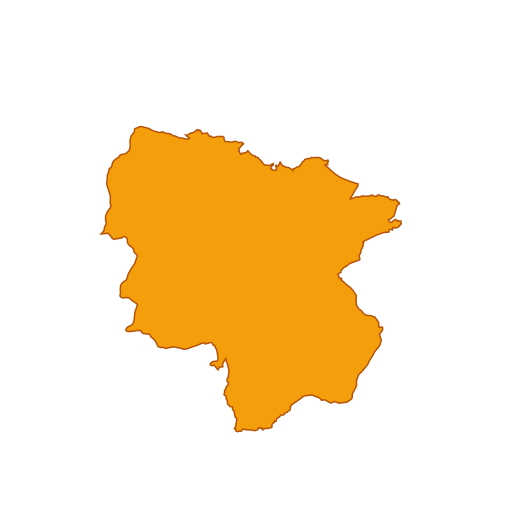 outline of Braesti, Buzau, Romania, rotated 328°
{"feature_id": "2599482B63249813627475", "entity_name": "Braesti", "entity_type": "district", "adm_level": 2, "iso_a3": "ROU", "parent_name": "Romania", "parent_adm1": "Buzau", "projection": "natural_earth1", "projection_center": [26.505, 45.442], "detail": "fine", "context": "isolated", "style": "filled", "palette": "amber", "viewbox_px": 512, "rotation_deg": 328, "n_neighbors": 0, "source": "geoboundaries", "source_scale": "gbopen_adm2", "svg_char_len": 6153}
<svg xmlns="http://www.w3.org/2000/svg" viewBox="0 0 512 512"><g transform="rotate(328 256 256)"><path d="M397.5,303.4L395.7,301.7L394.4,301.5L394.3,300.0L393.8,299.0L391.7,298.8L389.2,299.3L387.5,298.6L387.2,297.7L387.5,295.4L388.9,295.8L394.3,295.2L402.6,287.8L405.3,287.8L405.1,286.8L405.7,286.5L404.7,284.9L405.1,284.0L404.3,282.3L403.7,281.6L402.6,281.7L399.9,279.3L399.3,278.3L399.1,277.1L399.2,275.6L397.7,275.1L395.6,272.3L393.7,271.2L393.4,270.1L391.6,268.8L391.3,268.7L390.5,269.3L389.8,269.2L387.7,267.9L387.2,267.3L387.4,266.8L387.2,266.4L386.6,265.8L382.7,264.7L378.6,262.1L378.2,261.5L374.7,260.7L373.6,259.7L371.6,258.8L369.5,258.7L366.3,257.4L375.4,252.5L379.6,250.6L380.7,248.6L380.3,248.5L376.1,243.6L371.3,237.2L369.1,233.9L366.6,228.6L362.7,215.4L364.2,215.7L365.2,216.6L365.9,215.3L367.7,213.7L367.8,212.8L365.7,212.2L364.6,211.4L363.4,209.4L363.0,207.8L362.2,206.4L359.6,204.4L356.7,203.1L355.1,201.7L353.6,202.0L351.1,200.6L348.5,200.0L346.8,200.8L345.6,200.7L341.0,202.8L339.6,202.9L337.1,202.1L336.0,202.4L333.1,201.8L332.6,202.0L332.5,202.6L330.8,198.5L328.9,197.0L327.1,194.5L326.2,192.8L326.1,192.1L326.4,189.4L326.0,189.1L324.2,190.6L321.8,191.5L321.2,189.7L320.7,189.7L319.9,192.0L318.7,194.1L316.0,192.4L315.1,191.0L315.5,190.6L315.1,189.6L315.7,188.5L316.9,188.4L317.3,187.5L318.3,188.1L319.1,187.9L319.3,187.6L318.8,187.0L319.2,186.7L318.7,186.6L318.2,186.9L317.8,186.6L317.7,186.9L315.0,186.1L311.3,183.0L310.6,177.4L310.0,175.3L310.0,174.0L309.2,172.8L308.3,172.5L308.3,170.8L306.2,168.7L305.0,163.7L305.0,162.6L304.5,162.3L303.3,163.0L302.0,163.0L299.1,161.6L298.3,162.0L296.9,161.5L297.2,158.7L296.8,158.1L297.8,157.3L297.7,156.4L302.1,154.6L303.7,154.7L304.9,154.0L304.4,153.6L304.6,152.8L304.4,152.2L301.4,150.6L299.3,147.7L295.3,146.4L294.4,145.7L293.2,144.3L290.8,143.0L290.4,141.9L290.6,140.7L291.7,138.4L291.1,136.9L285.7,133.7L284.0,133.7L282.0,132.2L281.2,130.9L281.3,130.3L280.0,129.9L279.8,129.5L279.9,125.9L275.0,123.6L275.5,121.8L275.0,119.3L273.7,119.5L273.5,117.9L272.6,117.6L269.9,118.2L264.8,117.1L261.7,117.1L260.6,116.3L261.8,121.0L259.3,120.5L256.0,116.9L253.5,115.2L251.1,111.5L249.4,110.0L247.9,106.8L244.2,103.8L242.7,101.2L241.0,100.8L238.5,99.4L238.0,98.3L235.5,96.0L232.6,90.9L227.2,85.3L225.5,84.6L220.6,83.9L218.3,86.4L213.8,88.0L210.1,91.5L208.0,95.6L205.4,98.5L203.9,99.4L200.6,100.1L198.7,99.9L195.6,98.6L193.7,98.4L192.9,99.3L186.0,99.7L185.3,100.4L183.8,100.7L182.6,102.2L180.6,103.8L179.1,104.4L178.2,103.9L174.0,107.9L172.7,108.8L169.1,114.0L167.6,115.5L164.6,126.9L164.0,128.5L160.3,133.9L159.8,136.1L158.7,137.5L153.1,139.9L149.5,142.5L147.0,146.7L146.4,149.1L142.8,151.3L141.1,153.4L139.6,154.3L136.3,155.2L142.6,158.4L143.4,162.6L143.4,164.5L144.1,166.4L151.6,169.5L154.1,169.5L155.4,170.4L155.8,172.2L155.6,173.8L153.9,177.1L154.3,180.6L155.6,183.2L155.6,185.7L154.6,188.2L155.4,191.3L155.5,193.0L149.0,198.2L142.2,201.2L137.8,203.8L134.9,206.5L133.0,207.6L129.4,207.7L127.3,208.2L125.5,209.4L123.4,212.1L121.5,215.5L119.7,217.5L119.4,218.5L120.4,220.7L124.7,223.0L126.1,224.2L127.2,228.0L129.4,232.8L129.8,234.3L123.5,239.6L118.2,246.3L116.6,247.6L114.3,248.8L111.3,248.3L108.6,248.4L107.0,249.2L106.3,250.2L106.4,251.0L108.0,252.6L111.4,254.4L116.1,256.4L118.6,258.1L119.0,259.1L118.6,259.6L119.4,262.2L124.4,266.0L124.0,268.7L125.1,272.1L125.6,275.1L125.3,278.3L124.8,280.5L126.5,283.0L129.1,284.4L130.1,286.2L130.9,286.8L133.6,287.6L138.5,289.7L140.6,291.9L142.3,293.1L143.1,294.4L144.6,295.7L145.2,296.7L146.5,297.4L148.3,298.2L153.9,299.3L155.9,300.0L164.7,301.5L166.1,302.4L166.1,303.4L166.4,303.7L171.5,305.3L172.6,306.1L172.7,307.1L172.4,308.4L172.6,309.0L173.4,309.6L172.8,315.2L170.0,322.0L168.4,324.0L167.8,324.5L167.0,324.4L164.1,322.9L161.9,322.5L160.1,323.3L159.6,323.8L159.6,324.4L160.4,325.6L162.7,326.4L163.2,331.3L163.6,332.5L165.8,330.9L167.2,331.2L168.8,332.4L169.3,332.2L170.7,329.5L176.0,326.9L175.3,328.7L174.2,333.6L172.4,338.7L168.4,343.9L167.3,344.3L165.3,346.3L165.1,346.9L165.4,348.7L164.5,350.2L161.5,351.2L159.4,352.9L158.1,353.3L157.0,355.2L155.4,356.6L155.4,357.1L156.5,359.0L154.9,361.3L155.1,363.4L153.5,366.3L153.5,367.2L154.2,370.1L156.2,371.4L154.8,373.5L155.1,376.2L153.1,381.2L153.0,381.8L153.6,383.0L153.1,384.2L152.3,385.5L150.1,387.6L149.4,388.7L148.5,389.4L148.1,390.2L146.8,390.5L146.1,391.2L147.1,392.0L146.2,393.7L146.9,394.7L147.5,395.4L148.7,395.5L150.8,396.8L153.5,395.8L155.1,397.8L160.9,401.9L162.0,403.3L165.4,404.3L166.6,403.1L167.3,403.1L167.6,403.8L168.9,404.3L169.2,404.9L170.0,405.2L170.0,405.5L169.3,406.4L169.6,407.1L172.5,407.0L174.5,408.6L176.1,408.8L178.2,409.7L179.2,409.3L179.5,408.1L181.1,406.9L183.1,406.9L184.1,405.7L184.9,406.7L185.6,406.8L186.2,405.9L188.0,404.8L191.0,404.8L192.8,403.9L194.7,405.4L198.1,404.6L199.8,405.0L201.0,404.6L203.2,404.7L206.0,401.6L207.4,401.1L217.6,400.6L220.7,400.2L223.4,400.4L229.7,403.5L230.4,404.1L231.1,405.4L234.5,409.8L234.8,410.6L235.0,412.9L237.3,414.0L238.7,415.2L240.0,418.1L241.2,419.9L242.0,420.5L245.2,421.0L246.9,422.6L247.8,424.3L249.4,425.3L255.5,428.1L258.6,428.1L261.8,427.6L263.0,426.5L263.8,425.1L265.0,423.8L271.3,420.2L273.0,418.6L275.2,414.8L280.2,411.0L284.2,410.2L293.0,407.3L295.8,405.4L303.3,401.7L305.1,400.4L310.0,398.7L310.8,398.7L314.7,396.6L317.7,393.7L319.3,387.7L322.5,386.6L324.1,385.7L325.2,384.4L325.5,383.6L325.3,383.0L322.9,381.8L322.7,381.1L324.8,377.3L324.5,371.2L324.1,370.3L322.9,369.2L322.5,368.1L317.7,364.2L316.8,361.8L316.2,357.5L315.2,355.9L315.1,355.1L315.2,350.1L316.2,349.0L318.0,345.6L320.1,342.9L320.0,336.4L319.4,333.0L317.7,328.7L316.4,323.9L315.4,321.3L316.5,320.9L316.7,320.3L314.7,318.4L315.7,316.6L315.6,315.3L316.1,314.7L319.4,314.9L320.2,313.5L320.9,313.2L324.9,312.3L327.0,312.6L330.5,312.1L332.4,312.2L341.9,314.2L342.8,312.9L343.4,310.5L346.9,308.4L348.5,306.4L351.4,304.9L352.7,303.2L354.1,302.1L354.4,301.5L354.2,300.8L354.5,300.6L367.6,301.9L372.1,302.7L376.5,303.7L381.4,306.1L382.3,304.9L383.9,304.5L385.0,305.3L385.4,306.2L385.8,306.0L387.2,304.2L389.4,306.4L391.8,306.9L393.7,306.5L394.7,305.9L396.2,305.8L396.4,305.5L396.3,304.6L397.5,303.4Z" fill="#f59e0b" stroke="#b45309" stroke-width="1.5"/></g></svg>